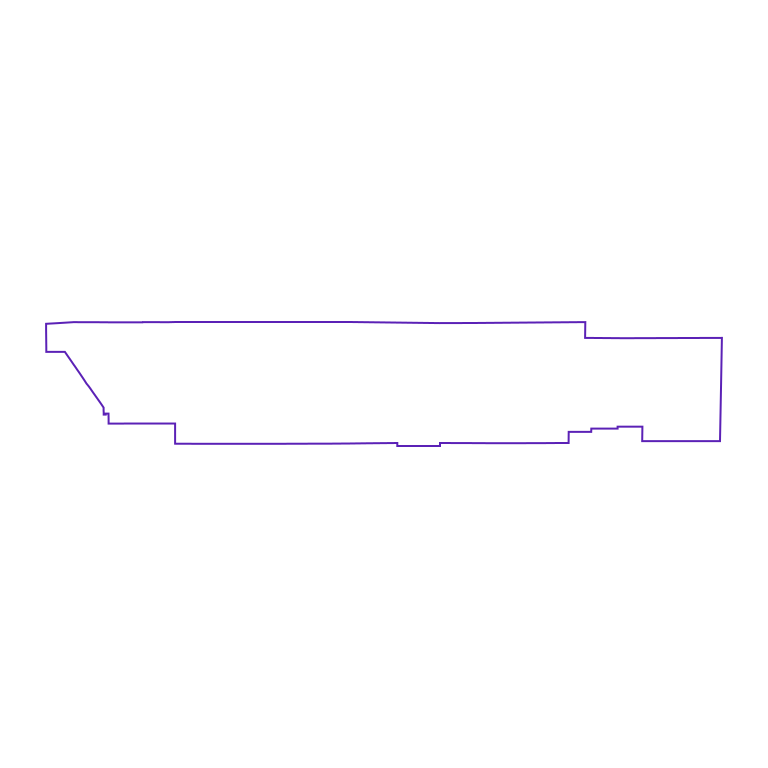 the district of Kalgoorlie-Boulder, Western Australia, Australia
{"feature_id": "25037944B94303413523862", "entity_name": "Kalgoorlie-Boulder", "entity_type": "district", "adm_level": 2, "iso_a3": "AUS", "parent_name": "Australia", "parent_adm1": "Western Australia", "projection": "robinson", "projection_center": [123.082, -30.776], "detail": "fine", "context": "isolated", "style": "outline", "palette": "violet", "viewbox_px": 768, "rotation_deg": 0, "n_neighbors": 0, "source": "geoboundaries", "source_scale": "gbopen_adm2", "svg_char_len": 1720}
<svg xmlns="http://www.w3.org/2000/svg" viewBox="0 0 768 768"><path d="M721.9,337.9L623.8,338.2L585.1,337.9L585.3,322.1L473.5,323.0L439.6,323.1L349.9,322.0L349.1,322.0L266.2,322.0L235.9,322.0L224.8,322.0L209.5,322.0L197.2,322.0L189.0,322.0L179.7,322.0L175.6,322.0L168.3,322.2L142.7,322.1L142.6,322.3L128.7,322.3L125.3,322.3L118.8,322.3L108.1,322.3L95.1,322.2L82.0,322.2L78.6,322.2L75.3,322.1L74.1,322.1L71.3,322.3L71.2,322.3L56.8,323.2L46.1,323.8L46.1,329.9L46.3,347.1L46.3,349.6L46.3,351.4L46.3,351.9L52.1,351.9L53.1,351.9L54.9,351.9L57.7,351.9L58.8,351.9L63.4,351.9L64.9,351.9L67.1,355.1L69.4,358.4L74.2,365.4L74.4,365.6L77.4,370.0L79.3,372.7L84.2,380.0L86.5,383.6L89.2,386.9L89.2,387.0L89.5,387.4L89.7,387.7L90.0,388.1L90.3,388.4L90.3,388.5L91.6,390.4L92.1,391.1L92.5,391.7L100.7,403.3L102.4,405.8L103.6,407.6L103.6,410.4L103.7,412.5L103.7,414.6L105.7,414.6L105.7,413.6L108.2,413.6L108.5,413.6L108.6,419.0L108.6,423.6L110.0,423.6L110.7,423.6L112.7,423.6L115.1,423.6L116.4,423.6L117.6,423.6L118.8,423.6L120.1,423.6L121.4,423.6L122.6,423.6L123.4,423.6L124.7,423.5L126.0,423.5L133.3,423.5L142.6,423.5L151.2,423.5L158.5,423.5L162.4,423.5L167.5,423.5L171.0,423.5L173.5,423.5L175.1,423.5L175.1,443.7L199.8,443.8L210.6,443.8L225.3,443.8L253.1,443.8L259.1,443.8L264.2,443.8L267.6,443.8L272.6,443.8L275.6,443.8L307.9,443.7L323.5,443.7L350.0,443.5L366.0,443.3L397.3,443.0L397.3,446.0L440.0,446.0L440.0,443.0L472.4,443.1L472.6,443.1L491.8,443.2L519.5,443.2L539.9,443.1L545.9,443.1L559.1,443.0L568.6,443.0L568.7,431.9L591.2,431.9L591.3,428.6L594.7,428.6L597.7,428.6L617.6,428.6L617.6,426.7L625.2,426.7L632.8,426.7L642.4,426.7L642.2,441.1L720.0,441.1L721.1,382.8L721.9,337.9Z" fill="none" stroke="#5b21b6" stroke-width="2"/></svg>